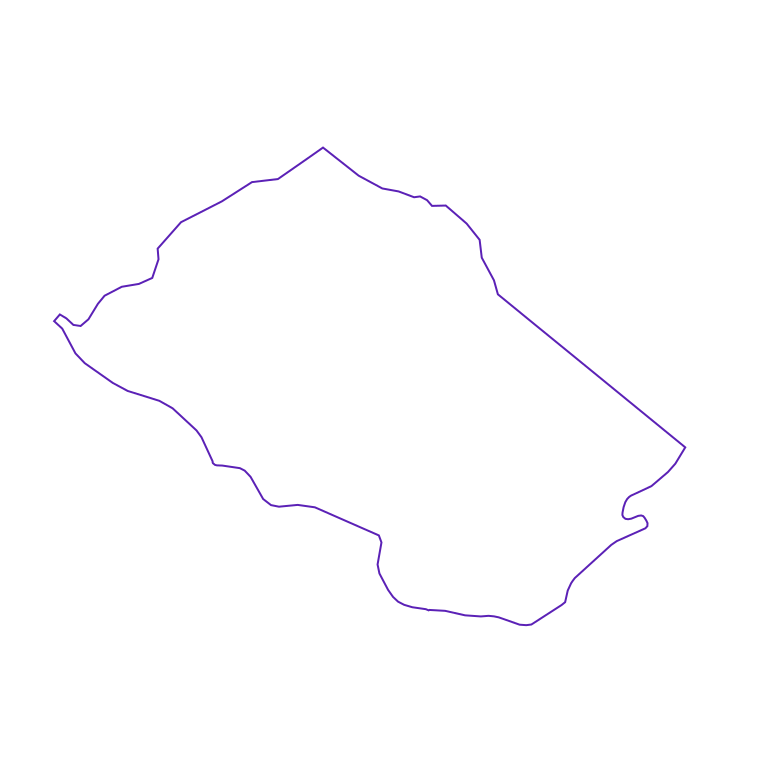 SVG path tracing the border of Mali, rotated 220°
{"feature_id": "GIN-5652", "entity_name": "Mali", "entity_type": "Prefecture", "adm_level": 1, "iso_a3": "GIN", "parent_name": "Guinea", "parent_adm1": "", "projection": "robinson", "projection_center": [-12.225, 12.042], "detail": "fine", "context": "isolated", "style": "outline", "palette": "violet", "viewbox_px": 768, "rotation_deg": 220, "n_neighbors": 0, "source": "natural_earth", "source_scale": "10m", "svg_char_len": 1481}
<svg xmlns="http://www.w3.org/2000/svg" viewBox="0 0 768 768"><g transform="rotate(220 384 384)"><path d="M626.6,207.6L640.0,209.1L666.1,219.6L677.1,220.1L677.0,228.9L669.5,230.1L659.9,229.6L653.7,233.4L652.0,243.6L654.7,261.5L654.8,272.0L647.4,289.9L636.1,303.1L629.7,316.3L636.9,334.6L644.4,342.2L643.5,377.5L625.6,419.7L614.9,453.8L597.0,472.8L587.4,508.2L582.7,525.9L537.3,527.3L511.0,532.7L496.6,540.9L481.0,546.4L476.9,550.9L469.2,552.5L461.7,551.3L451.4,560.4L423.8,560.0L403.4,555.9L390.3,543.6L366.4,534.1L354.4,525.9L307.8,526.5L235.0,527.5L112.5,529.1L109.6,510.2L109.9,499.1L113.5,477.7L123.0,457.3L123.6,455.1L123.8,452.2L123.2,448.6L121.3,443.7L118.6,438.8L117.2,436.9L115.2,435.9L112.4,435.9L110.1,437.3L108.0,439.8L104.5,446.4L102.5,448.6L100.5,449.4L98.3,449.0L95.3,448.0L92.7,446.8L90.9,444.4L91.0,441.5L104.7,413.3L106.5,406.8L113.1,358.0L112.9,354.5L112.6,351.7L110.5,343.9L105.0,333.3L105.9,328.8L116.5,294.5L120.0,290.7L125.4,286.8L146.1,279.0L150.4,276.7L154.9,273.6L160.4,268.2L173.2,258.9L191.4,249.5L204.0,240.1L204.3,239.3L207.2,238.4L218.8,231.2L226.6,227.8L233.3,226.3L240.2,226.7L248.5,228.9L265.7,235.9L272.9,241.6L284.1,261.0L290.6,264.7L357.7,245.1L372.4,235.9L385.6,222.5L392.7,218.6L402.6,218.2L426.5,227.1L435.0,228.1L440.3,226.9L455.4,217.6L459.8,214.2L461.5,213.4L464.2,213.4L465.0,213.9L465.6,214.6L489.6,225.9L497.8,227.9L530.3,229.5L545.3,226.7L575.9,213.9L592.4,210.5L626.6,207.6Z" fill="none" stroke="#5b21b6" stroke-width="2"/></g></svg>